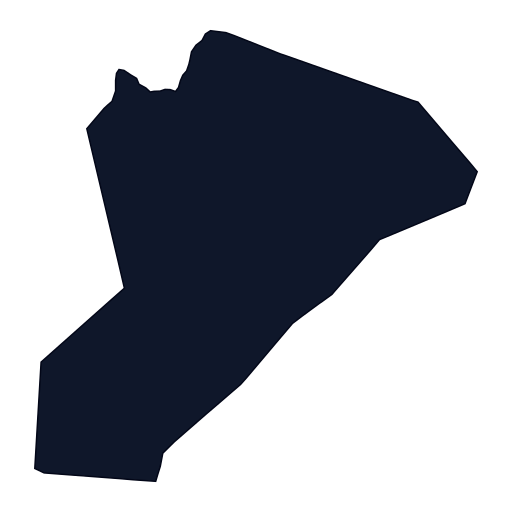 the district of Belágua, Maranhão, Brazil
{"feature_id": "56859067B20132101746210", "entity_name": "Belágua", "entity_type": "district", "adm_level": 2, "iso_a3": "BRA", "parent_name": "Brazil", "parent_adm1": "Maranhão", "projection": "equal_earth", "projection_center": [-43.471, -3.111], "detail": "fine", "context": "isolated", "style": "filled", "palette": "ink", "viewbox_px": 512, "rotation_deg": 0, "n_neighbors": 0, "source": "geoboundaries", "source_scale": "gbopen_adm2", "svg_char_len": 948}
<svg xmlns="http://www.w3.org/2000/svg" viewBox="0 0 512 512"><path d="M234.2,35.6L225.9,32.6L210.5,30.7L205.4,34.0L202.0,40.5L196.0,45.2L191.5,51.8L190.0,59.6L188.9,64.3L186.6,70.9L182.8,75.2L180.5,80.5L178.5,87.5L175.5,91.5L170.2,89.6L165.0,89.4L160.1,91.1L154.0,91.3L150.2,92.0L145.9,88.0L139.0,84.2L136.6,78.4L130.7,74.9L124.0,70.4L119.0,69.5L116.5,73.3L115.6,80.3L115.6,91.0L112.0,101.4L108.1,104.7L104.1,108.4L86.8,128.7L117.9,260.2L124.4,288.2L111.9,299.2L41.1,362.1L34.8,468.5L44.1,472.9L69.2,474.8L119.8,478.6L132.4,479.7L155.7,481.3L157.9,473.9L160.3,466.3L162.8,453.2L174.3,441.8L206.3,413.9L215.2,406.3L240.7,384.3L246.4,377.9L275.1,343.9L292.5,323.4L301.8,316.3L318.9,303.7L322.4,301.3L332.0,294.3L334.8,291.0L370.6,250.1L379.5,239.6L383.4,238.0L436.9,215.6L465.0,203.7L467.6,196.8L477.2,171.7L470.0,163.0L451.8,141.8L418.0,102.1L412.7,100.5L284.6,55.3L280.6,54.0L234.2,35.6Z" fill="#0f172a" stroke="#020617" stroke-width="1.5"/></svg>